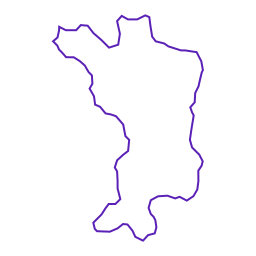 Bengtsfors, Västra Götaland, Sweden
{"feature_id": "70781695B25080467136500", "entity_name": "Bengtsfors", "entity_type": "district", "adm_level": 2, "iso_a3": "SWE", "parent_name": "Sweden", "parent_adm1": "Västra Götaland", "projection": "albers", "projection_center": [12.194, 59.012], "detail": "fine", "context": "isolated", "style": "outline", "palette": "violet", "viewbox_px": 256, "rotation_deg": 0, "n_neighbors": 0, "source": "geoboundaries", "source_scale": "gbopen_adm2", "svg_char_len": 1337}
<svg xmlns="http://www.w3.org/2000/svg" viewBox="0 0 256 256"><path d="M59.2,26.8L59.1,30.3L57.5,37.5L53.1,41.3L57.4,45.7L59.0,49.5L61.8,52.3L66.1,57.2L73.8,57.3L79.8,61.1L84.8,65.5L88.6,72.1L91.9,75.4L92.4,83.7L89.6,88.6L94.0,96.3L95.1,104.6L100.1,106.8L105.5,113.4L111.1,114.5L116.0,116.2L123.2,124.5L125.4,136.1L129.2,139.9L128.1,151.0L123.1,154.8L117.1,160.3L114.8,167.5L117.1,171.4L117.6,181.3L117.6,188.5L120.3,199.1L115.4,204.0L108.7,204.0L105.4,208.4L101.5,214.5L95.9,220.1L93.3,222.7L94.8,228.9L97.0,231.2L109.8,231.7L117.5,228.4L123.1,224.0L127.5,224.5L132.5,230.7L135.3,236.8L142.9,240.6L143.1,240.6L148.1,235.1L154.7,233.4L156.4,227.3L155.3,220.1L153.6,216.8L150.8,214.0L148.6,207.9L150.8,200.2L158.0,196.3L167.4,195.7L175.2,198.4L179.6,196.8L186.8,200.6L193.4,196.2L193.8,195.6L197.3,189.5L198.4,181.2L198.3,170.7L201.6,165.7L202.7,161.3L199.3,154.7L192.1,147.5L189.9,139.8L191.5,128.8L193.7,115.5L192.0,112.2L190.3,107.3L194.7,102.3L195.2,93.0L198.5,86.4L199.6,81.4L201.7,72.6L202.9,70.0L201.3,61.3L196.6,52.1L196.3,52.1L185.1,50.4L181.0,50.4L168.4,46.4L164.3,43.5L155.7,41.3L152.2,36.7L150.5,26.3L149.3,17.1L145.3,15.4L137.2,19.4L128.0,19.4L121.7,15.9L117.1,21.1L119.9,33.8L118.2,44.7L109.0,47.6L101.5,40.1L93.5,33.2L87.7,25.7L80.8,25.1L76.2,30.2L65.8,30.2L59.2,26.8Z" fill="none" stroke="#5b21b6" stroke-width="2"/></svg>